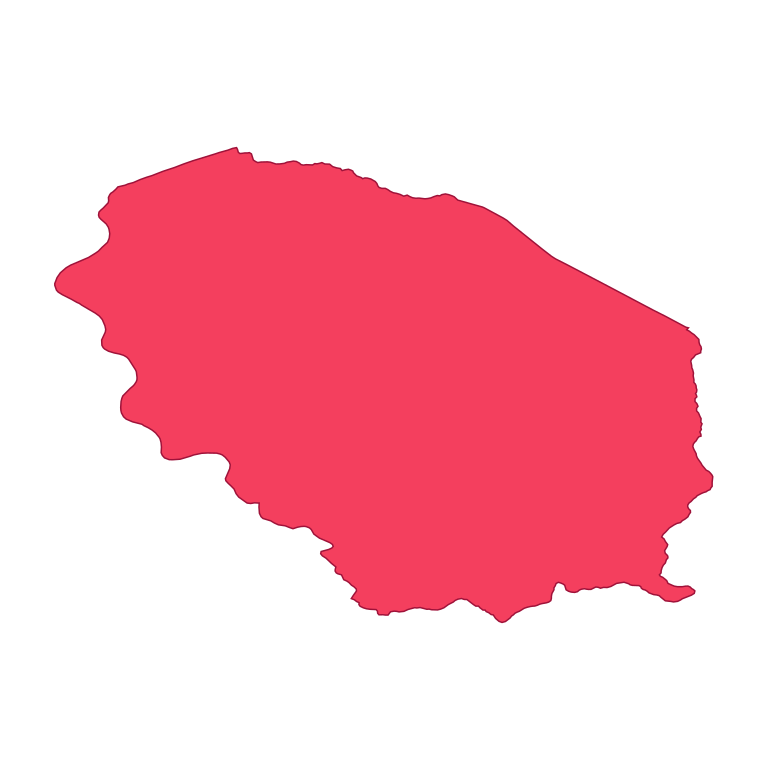 Santa Rita de Cássia, Bahia, Brazil, rotated 266°
{"feature_id": "56859067B19428837054572", "entity_name": "Santa Rita de Cássia", "entity_type": "district", "adm_level": 2, "iso_a3": "BRA", "parent_name": "Brazil", "parent_adm1": "Bahia", "projection": "equal_earth", "projection_center": [-44.604, -10.985], "detail": "fine", "context": "isolated", "style": "filled", "palette": "rose", "viewbox_px": 768, "rotation_deg": 266, "n_neighbors": 0, "source": "geoboundaries", "source_scale": "gbopen_adm2", "svg_char_len": 6145}
<svg xmlns="http://www.w3.org/2000/svg" viewBox="0 0 768 768"><g transform="rotate(266 384 384)"><path d="M172.2,336.4L170.9,339.3L168.9,341.5L167.6,343.9L165.7,343.6L164.0,344.6L162.2,347.7L161.0,350.8L160.2,354.6L159.5,360.5L157.9,361.6L155.7,361.7L154.1,362.9L153.9,366.9L153.4,369.3L153.2,371.9L156.3,374.6L156.7,378.3L156.3,380.8L155.6,383.1L155.8,388.0L157.4,392.3L158.7,399.0L158.3,401.1L158.5,404.4L156.3,411.0L156.3,413.3L155.5,415.7L154.9,421.7L155.5,424.9L156.6,428.2L159.5,432.8L161.7,438.0L163.1,439.8L164.2,442.7L164.6,446.3L163.5,449.0L163.2,451.7L157.6,458.0L156.0,460.1L155.8,462.8L154.1,464.1L151.6,466.9L151.4,469.1L149.8,470.1L148.6,472.5L146.6,474.7L146.0,476.9L142.3,479.0L139.2,482.2L137.9,485.1L138.6,488.6L141.9,493.6L143.6,495.0L144.7,497.0L146.2,498.7L147.2,501.1L147.8,503.1L150.5,508.2L151.3,511.3L151.8,514.3L152.0,516.6L152.0,519.0L152.6,521.6L153.5,524.0L153.9,526.1L154.4,530.8L155.0,533.2L156.3,535.3L158.4,536.0L160.6,536.2L163.3,536.9L166.9,539.2L168.8,539.3L170.7,540.7L173.0,541.8L174.0,544.1L173.2,546.3L172.1,548.5L170.7,550.2L166.0,551.3L164.4,553.6L163.4,556.1L162.8,559.6L163.3,562.5L164.8,564.5L165.5,566.5L165.8,569.6L165.2,571.7L164.8,573.8L164.7,576.2L166.7,581.1L166.3,583.4L165.2,585.7L165.8,588.9L165.4,592.4L166.2,596.2L168.9,602.1L169.5,609.6L167.7,614.1L166.5,615.6L165.8,617.8L165.1,624.4L163.9,626.0L162.3,626.5L161.0,628.1L160.2,630.3L158.9,632.1L157.2,633.7L155.1,638.3L154.5,641.4L153.6,643.9L152.1,645.2L148.1,649.5L147.1,655.0L146.4,657.6L146.7,661.8L147.9,664.8L149.0,666.7L151.9,675.9L153.5,678.9L155.9,679.7L157.3,678.4L158.4,676.7L160.1,675.3L161.2,673.2L161.3,670.7L161.0,667.5L161.3,662.8L162.1,659.5L163.2,657.3L165.3,653.4L168.2,652.3L171.8,648.5L172.8,646.4L174.4,645.4L176.2,647.2L178.5,647.5L181.5,648.6L183.8,650.0L185.9,652.2L189.0,653.4L190.7,655.1L192.5,655.1L194.1,654.1L195.4,652.8L198.1,652.3L202.1,655.1L204.0,655.8L207.3,653.7L209.9,652.6L212.0,650.3L214.6,652.0L216.6,654.5L220.5,658.6L223.2,663.5L224.5,666.5L225.1,670.1L226.9,672.1L228.2,674.8L230.3,677.9L232.7,679.3L234.5,680.8L236.5,680.8L238.3,679.2L240.2,678.4L242.2,678.6L244.2,680.2L245.3,682.0L247.9,684.8L249.2,687.1L250.8,688.7L252.7,693.1L253.5,695.5L254.0,697.8L255.0,699.4L255.9,701.9L257.5,702.8L259.0,704.2L263.1,704.5L268.6,705.5L270.2,704.9L272.1,703.6L274.1,701.9L275.6,699.4L280.7,695.7L283.1,694.6L288.2,691.5L290.5,690.7L292.8,690.5L297.3,688.5L300.1,687.7L302.5,688.4L304.2,689.8L305.4,691.3L307.9,693.0L309.4,694.4L309.9,696.6L311.8,696.6L314.1,695.7L316.5,697.4L318.9,697.0L322.1,698.5L323.8,697.4L327.4,697.9L329.4,697.0L333.2,695.7L335.3,694.0L337.9,694.1L339.9,695.7L342.5,694.8L344.8,693.0L347.7,693.3L349.4,695.2L351.2,694.8L352.7,694.1L354.1,695.2L356.3,695.7L358.3,695.2L360.4,695.2L362.2,694.6L364.0,693.2L366.4,693.5L370.6,693.0L373.3,693.5L376.8,692.9L378.7,692.2L381.1,692.2L385.4,691.6L387.3,692.6L388.9,694.7L391.3,696.8L393.1,702.1L394.9,702.3L396.8,703.1L399.2,702.8L401.2,701.7L403.5,701.2L406.5,701.2L411.6,696.8L413.5,694.3L415.4,692.3L417.0,689.7L418.8,691.6L419.6,689.1L431.9,669.5L439.1,657.4L463.3,618.5L489.3,576.4L496.8,563.9L499.7,560.0L507.2,551.6L532.5,524.2L538.5,518.2L541.3,514.4L552.7,496.4L553.7,494.5L556.3,487.2L562.3,470.4L565.8,467.2L566.9,465.2L568.4,461.7L569.3,458.5L568.9,455.0L567.8,452.8L568.3,450.3L567.4,446.7L566.4,443.8L566.0,440.8L565.9,437.8L567.0,431.9L567.1,428.6L567.8,425.5L569.1,422.9L570.8,420.3L570.0,416.8L572.0,413.3L573.3,409.9L574.1,406.7L575.7,403.8L577.7,401.3L579.1,398.9L579.3,395.5L580.4,392.8L582.0,391.7L584.5,390.9L586.6,389.4L589.4,385.2L590.6,381.7L590.9,379.2L590.3,377.1L591.5,375.7L593.5,371.2L596.9,368.3L598.6,367.7L599.6,366.1L600.7,363.5L600.4,360.1L599.8,357.1L602.0,355.5L602.9,351.8L604.4,348.0L607.1,345.1L607.6,340.3L609.2,337.5L608.6,334.8L608.3,332.4L608.7,330.3L607.5,328.0L608.2,321.8L608.0,318.7L608.7,316.5L610.2,315.1L612.1,312.1L612.7,309.1L612.3,306.1L612.1,302.9L611.1,300.1L610.8,295.3L611.0,291.5L613.2,286.1L613.7,283.3L614.0,276.8L613.7,273.5L614.8,271.5L616.5,269.3L622.8,267.8L624.2,265.9L624.0,263.8L624.2,261.3L624.0,258.5L624.0,256.2L625.4,254.8L628.3,254.2L630.1,253.4L629.6,249.4L628.2,244.7L626.4,235.8L625.4,232.0L620.0,208.8L617.5,199.6L614.6,190.2L611.6,178.4L608.0,166.8L606.8,161.6L604.9,154.9L602.4,147.9L601.4,142.6L600.4,139.7L599.2,132.3L597.1,130.2L594.5,126.9L593.2,124.6L591.8,123.5L589.3,122.1L585.9,122.1L584.0,121.5L579.2,116.3L577.1,113.5L575.4,111.7L572.4,111.0L570.1,111.5L568.2,113.0L563.0,118.1L559.7,119.9L557.4,120.5L553.1,120.9L548.7,120.1L544.6,118.1L540.0,112.3L536.5,108.4L534.8,105.6L530.8,98.0L524.5,79.8L522.1,75.0L517.5,68.9L513.0,65.3L507.2,62.6L505.3,62.5L500.5,63.8L498.4,65.4L495.5,69.4L490.2,78.3L486.8,83.4L485.7,85.6L483.5,88.3L474.9,100.9L471.6,104.8L467.9,107.5L461.5,109.7L457.8,110.2L455.2,109.6L447.6,105.4L442.3,105.3L439.9,106.4L438.4,107.7L435.9,111.5L433.8,117.0L432.4,122.1L430.8,126.2L428.7,129.3L426.7,131.0L415.7,137.0L413.5,137.8L408.0,138.1L405.7,137.9L403.7,137.1L400.9,135.0L399.5,133.5L397.2,130.4L390.3,122.6L388.0,121.5L384.9,120.5L378.9,119.7L375.9,119.7L373.4,120.1L369.5,121.9L367.0,124.3L363.8,130.5L360.7,139.8L359.3,141.4L356.8,145.8L354.1,149.6L351.1,152.8L346.4,156.1L344.8,156.8L341.3,157.5L336.6,157.6L331.0,156.9L328.2,157.9L325.6,159.9L323.5,164.5L323.2,168.2L323.2,175.4L325.5,185.8L326.5,189.2L327.6,197.3L327.5,203.0L326.7,212.2L325.6,215.6L324.5,217.8L322.0,220.5L317.1,224.1L314.1,225.0L310.3,224.2L300.6,219.2L298.5,219.5L295.6,221.8L293.2,224.1L289.7,227.1L284.9,228.8L281.3,231.2L274.8,239.1L274.1,242.7L274.5,246.5L273.9,251.2L270.0,250.7L263.7,250.7L260.2,252.1L258.3,253.9L255.4,261.5L253.0,264.9L250.9,268.8L249.4,275.6L247.3,280.0L246.0,283.1L247.2,287.9L247.6,291.2L247.6,294.4L247.2,296.4L245.7,299.6L243.9,301.3L239.1,303.6L234.7,308.9L229.5,319.0L227.5,321.4L225.5,322.0L224.0,320.5L222.8,317.3L221.3,309.6L219.1,309.0L216.9,310.5L214.2,314.1L208.8,319.0L204.9,323.2L202.4,322.4L200.8,322.2L198.9,323.2L197.9,324.7L196.6,328.3L191.6,330.2L190.0,333.2L188.3,335.3L185.6,337.5L183.8,339.9L181.5,342.0L179.4,342.1L175.2,338.6L172.2,336.4Z" fill="#f43f5e" stroke="#9f1239" stroke-width="1.5"/></g></svg>